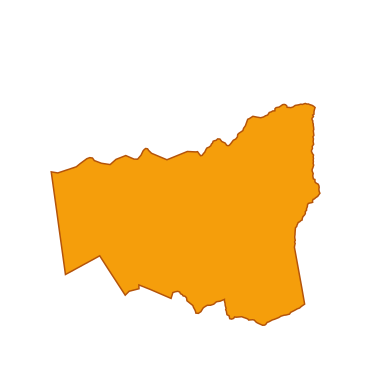 Curimatá, Piauí, Brazil, rotated 107°
{"feature_id": "56859067B38389486255432", "entity_name": "Curimatá", "entity_type": "district", "adm_level": 2, "iso_a3": "BRA", "parent_name": "Brazil", "parent_adm1": "Piauí", "projection": "mercator", "projection_center": [-44.372, -9.975], "detail": "fine", "context": "isolated", "style": "filled", "palette": "amber", "viewbox_px": 384, "rotation_deg": 107, "n_neighbors": 0, "source": "geoboundaries", "source_scale": "gbopen_adm2", "svg_char_len": 3147}
<svg xmlns="http://www.w3.org/2000/svg" viewBox="0 0 384 384"><g transform="rotate(107 192 192)"><path d="M310.2,225.7L305.3,223.1L300.0,214.4L297.8,215.2L296.4,215.6L297.4,203.3L299.9,180.9L293.8,180.9L292.4,179.0L291.2,176.7L291.2,174.6L292.6,173.3L293.0,171.3L294.0,170.0L293.7,168.4L294.7,166.4L297.5,165.0L300.3,158.0L301.7,157.0L304.2,154.5L305.4,153.6L306.7,152.9L306.2,150.4L303.8,148.5L299.9,147.5L298.7,146.8L295.9,144.3L294.9,141.2L292.9,138.4L289.8,136.5L288.2,133.2L285.2,129.6L286.8,129.1L288.7,127.9L290.9,127.0L293.3,125.4L294.7,125.4L295.8,124.4L299.1,122.7L299.6,120.3L302.1,118.9L302.0,117.0L300.7,115.2L299.1,114.8L298.8,113.1L296.7,107.9L296.9,105.9L296.9,104.3L297.1,101.5L297.9,100.4L296.4,96.6L296.3,95.0L297.8,92.4L298.2,90.4L298.8,85.5L298.0,83.5L296.9,82.7L294.7,82.0L293.8,80.7L290.8,77.7L289.6,75.9L286.7,72.3L284.8,70.7L282.9,67.9L282.2,66.2L280.3,63.1L278.2,62.4L275.1,59.2L272.9,57.1L271.5,55.2L269.5,54.0L266.3,51.5L251.9,58.8L214.9,77.9L212.8,78.2L211.0,78.3L209.8,79.3L208.1,79.1L205.9,80.3L204.3,80.8L202.8,81.0L201.3,81.4L199.2,81.9L195.8,82.6L194.5,81.8L193.1,81.9L191.6,81.7L190.0,81.5L189.1,80.4L187.5,79.5L186.6,78.5L185.1,78.8L183.2,78.7L181.1,77.7L179.6,77.3L177.6,77.9L175.9,77.1L174.6,77.6L172.2,77.4L170.5,77.8L168.9,77.4L168.2,76.3L167.4,74.8L166.6,73.6L165.2,74.2L163.6,74.0L162.8,72.9L161.5,72.2L159.4,70.5L157.8,70.0L155.8,69.3L154.2,70.6L152.4,71.4L150.2,71.8L148.7,72.6L147.6,73.7L147.2,75.9L146.3,77.4L144.1,78.1L144.0,79.7L142.1,80.8L140.9,81.3L138.9,81.5L136.9,83.2L135.4,83.7L133.5,83.5L130.7,83.5L129.3,84.5L127.4,84.8L125.9,85.5L124.5,85.6L123.0,86.4L121.1,86.6L120.1,88.0L118.3,89.6L117.0,89.9L115.3,89.5L113.2,90.4L110.8,89.6L108.4,90.9L105.6,91.4L103.9,92.5L102.2,92.0L99.8,93.1L98.0,93.9L96.7,93.8L94.4,94.7L93.1,95.4L91.5,95.9L90.1,96.9L88.6,97.3L87.7,98.4L86.4,98.8L84.4,97.9L83.2,99.1L82.0,98.1L79.6,98.8L77.7,99.0L75.2,99.0L74.4,100.9L74.0,102.5L74.0,104.9L73.8,106.5L74.3,107.8L74.2,109.6L76.0,112.1L76.2,113.6L77.5,115.6L78.1,116.8L79.0,118.6L81.3,120.4L82.5,122.3L82.7,123.7L83.2,125.8L81.8,126.7L81.2,128.2L81.3,129.5L82.0,130.9L83.3,131.9L85.3,133.5L86.7,136.2L88.0,137.0L90.1,136.5L90.9,138.5L92.2,139.7L93.4,141.4L95.0,141.8L96.3,142.2L97.6,144.0L99.3,145.5L100.9,148.0L101.4,151.8L101.8,155.9L104.9,158.5L106.2,160.0L108.4,160.1L113.0,160.3L116.0,161.3L118.4,161.3L122.5,164.6L123.7,165.1L126.1,164.7L128.6,165.7L130.4,167.6L132.3,168.3L134.0,168.9L136.5,170.0L137.2,171.1L137.2,172.5L135.5,174.6L135.0,178.3L133.2,180.8L133.7,183.0L135.5,184.0L136.2,185.2L137.2,186.6L139.2,186.7L140.7,187.5L142.2,187.5L144.3,189.0L145.4,190.5L146.9,191.0L150.4,191.5L151.6,192.2L154.0,193.0L154.8,194.3L153.5,196.3L151.8,198.5L152.5,199.9L154.6,208.3L168.5,225.4L166.8,242.0L164.9,245.7L163.7,247.1L163.9,249.0L165.2,250.0L167.0,250.8L171.7,251.5L176.5,253.6L177.5,257.0L176.5,266.0L183.0,274.2L189.7,278.3L191.0,287.0L190.5,294.6L188.6,297.1L189.0,299.8L190.9,302.3L197.5,307.2L201.7,310.0L213.0,325.9L213.9,332.5L250.9,315.3L260.9,310.7L307.9,288.9L301.2,282.3L293.4,274.7L283.0,264.5L280.0,261.6L290.1,249.7L310.2,225.7Z" fill="#f59e0b" stroke="#b45309" stroke-width="1.5"/></g></svg>